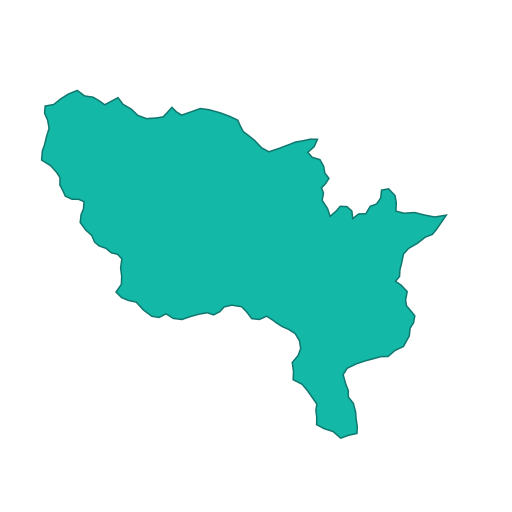 outline of Guabiruba, Santa Catarina, Brazil, rotated 260°
{"feature_id": "56859067B25663220067280", "entity_name": "Guabiruba", "entity_type": "district", "adm_level": 2, "iso_a3": "BRA", "parent_name": "Brazil", "parent_adm1": "Santa Catarina", "projection": "natural_earth1", "projection_center": [-49.027, -27.109], "detail": "fine", "context": "isolated", "style": "filled", "palette": "teal", "viewbox_px": 512, "rotation_deg": 260, "n_neighbors": 0, "source": "geoboundaries", "source_scale": "gbopen_adm2", "svg_char_len": 2327}
<svg xmlns="http://www.w3.org/2000/svg" viewBox="0 0 512 512"><g transform="rotate(260 256 256)"><path d="M61.9,307.8L63.4,316.3L63.7,324.6L70.4,326.1L77.9,326.3L85.2,327.0L93.9,326.3L101.1,322.5L107.4,323.5L114.6,322.1L124.0,321.2L129.6,326.3L132.4,336.2L133.8,345.6L134.4,353.2L135.2,361.4L134.1,368.6L138.8,376.4L141.3,385.5L150.7,393.1L158.1,395.2L162.8,399.5L169.5,402.0L175.5,398.7L180.7,395.6L186.4,395.6L194.7,398.7L201.9,394.0L206.9,389.0L210.9,393.8L217.3,395.3L222.8,397.8L232.3,401.6L237.0,407.6L240.5,417.3L245.2,426.0L246.6,433.4L250.8,438.3L263.2,450.5L263.4,438.7L266.9,429.5L271.3,419.7L272.4,409.2L275.9,401.6L284.3,403.4L291.3,403.4L299.1,398.3L299.1,391.1L291.5,388.9L286.3,383.7L285.1,377.1L278.5,371.5L279.6,364.5L276.1,357.8L283.7,358.2L288.9,354.0L290.3,347.6L286.3,342.7L282.2,335.9L290.3,334.7L299.3,330.8L306.3,333.4L311.7,332.3L315.2,337.1L319.8,341.3L325.7,338.2L332.6,338.2L339.8,335.7L343.4,328.5L349.1,325.0L353.5,332.2L360.2,336.8L361.6,330.2L361.3,321.7L361.4,314.8L359.9,307.5L357.9,297.0L356.4,286.8L361.4,280.5L370.3,274.5L376.1,269.4L380.7,265.1L386.8,263.1L392.9,261.6L397.9,254.6L403.3,245.5L408.3,235.0L410.9,226.7L409.2,216.9L407.7,207.3L411.6,202.8L417.0,199.0L412.9,193.8L409.2,188.8L409.2,182.1L410.3,172.0L415.0,164.0L422.3,158.7L428.4,151.4L435.9,147.6L433.8,141.2L431.2,133.3L435.9,128.7L440.7,123.1L443.4,115.0L450.1,108.8L448.1,99.4L444.6,90.9L440.3,83.1L440.3,74.4L433.3,72.6L426.0,74.4L417.7,74.4L409.5,70.2L402.3,67.1L396.7,63.9L387.7,61.5L380.5,69.5L373.3,74.0L367.2,76.6L360.0,75.2L353.3,77.3L348.1,78.6L343.9,84.5L342.6,91.2L339.3,96.1L332.4,94.3L327.1,90.9L319.6,88.7L311.3,92.7L304.6,97.9L297.9,99.4L293.2,103.2L289.5,109.7L284.3,114.0L281.7,120.0L276.4,123.4L267.8,120.6L259.3,120.2L251.5,118.5L244.8,111.9L238.4,116.4L234.5,122.4L231.4,130.0L222.3,135.8L214.7,143.0L212.3,149.9L214.7,157.3L208.9,163.7L206.3,172.0L207.7,180.5L208.6,189.5L208.6,198.2L205.4,203.9L207.4,210.6L211.4,215.8L211.8,223.6L208.6,233.0L202.7,237.0L195.0,241.0L192.9,248.4L194.9,256.0L190.1,261.2L186.0,265.1L181.9,269.6L178.4,274.9L172.7,281.2L164.9,284.1L157.0,283.9L150.6,280.1L144.8,273.2L135.9,272.9L127.7,271.1L121.6,279.2L114.4,283.3L107.8,286.4L99.6,290.2L93.7,288.2L86.5,287.8L79.4,286.4L74.1,293.1L69.7,301.5L61.9,307.8Z" fill="#14b8a6" stroke="#0f766e" stroke-width="1.5"/></g></svg>